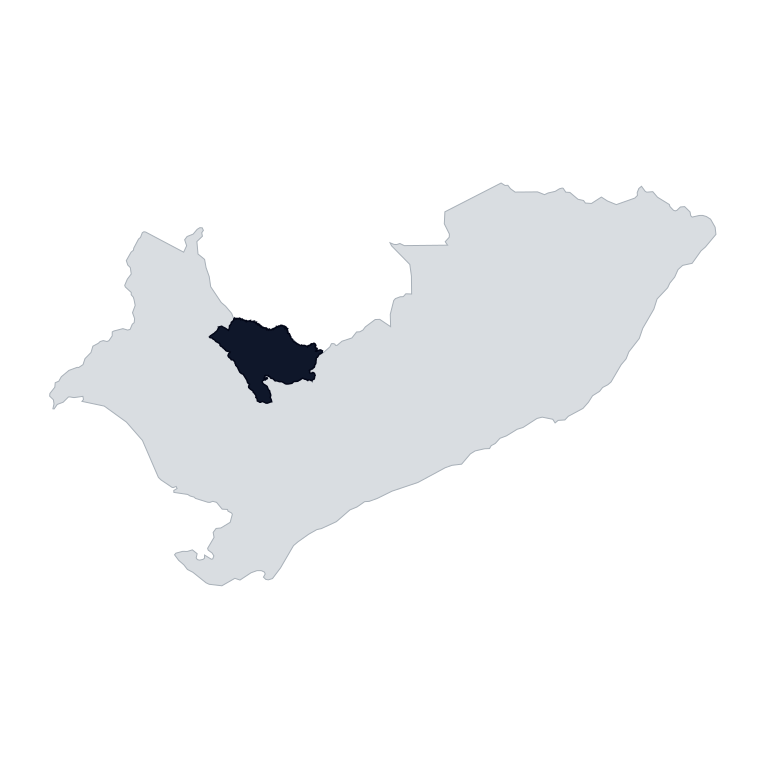 Requena, Loreto, Peru shown in context, rotated 269°
{"feature_id": "86281439B4409689759703", "entity_name": "Requena", "entity_type": "district", "adm_level": 2, "iso_a3": "PER", "parent_name": "Peru", "parent_adm1": "Loreto", "projection": "natural_earth1", "projection_center": [-73.578, -5.99], "detail": "fine", "context": "in_parent", "style": "filled", "palette": "ink", "viewbox_px": 768, "rotation_deg": 269, "n_neighbors": 0, "source": "geoboundaries", "source_scale": "gbopen_adm2", "svg_char_len": 9735}
<svg xmlns="http://www.w3.org/2000/svg" viewBox="0 0 768 768"><g transform="rotate(269 384 384)"><path d="M543.5,202.6L543.3,205.0L540.7,206.1L538.4,204.4L534.9,205.0L529.7,199.4L517.2,200.3L511.7,206.8L503.5,208.1L494.5,211.1L484.3,212.4L468.3,222.7L464.6,226.9L457.3,232.9L451.4,235.0L448.5,253.7L442.7,264.6L440.4,270.6L443.6,279.6L443.5,284.0L440.3,287.6L437.6,288.0L432.1,291.8L424.0,300.1L422.5,306.4L425.2,314.8L424.2,315.7L417.5,317.3L417.7,322.0L416.3,323.8L422.0,330.5L425.2,332.1L425.3,333.8L424.8,335.5L423.5,336.2L423.4,337.7L427.5,342.7L430.6,352.7L436.5,357.5L436.6,360.7L438.3,363.9L441.4,366.3L448.6,376.3L448.7,380.9L441.2,391.6L453.6,391.5L467.3,395.2L469.2,396.9L470.9,401.7L471.0,404.8L473.8,407.4L473.5,413.2L491.5,413.3L503.1,411.9L522.0,394.0L525.1,392.5L523.4,396.4L523.2,399.2L524.2,402.3L522.0,406.7L521.7,450.0L525.2,447.7L529.6,451.8L532.8,452.0L543.1,447.1L555.1,447.9L582.9,504.6L580.4,508.4L580.5,511.3L577.1,513.8L573.6,518.4L573.4,540.9L570.5,547.8L572.1,551.3L573.6,558.5L576.1,562.8L576.8,565.6L576.5,566.6L572.6,569.1L572.3,573.2L565.3,581.2L564.0,586.7L561.4,588.5L560.9,594.6L567.1,604.6L563.1,610.6L559.3,619.4L565.5,638.0L568.1,640.7L570.9,640.5L575.0,642.2L577.2,644.9L572.1,648.5L571.2,650.0L571.6,656.1L566.0,660.7L558.5,672.4L556.4,673.0L552.6,676.5L552.0,678.3L552.6,680.0L555.8,683.4L556.1,687.7L550.7,693.0L546.9,693.6L545.5,695.0L547.0,702.2L547.0,705.5L545.8,709.3L543.1,713.4L535.0,717.8L527.8,718.5L515.4,707.8L511.6,703.3L499.3,694.2L497.4,684.7L493.3,680.0L485.8,676.5L479.8,671.5L475.3,669.3L464.2,658.5L454.1,655.1L435.2,643.7L425.0,640.0L411.9,629.4L404.9,626.5L399.2,621.5L382.0,611.0L379.3,607.7L376.7,602.5L372.9,599.4L368.6,592.3L362.2,588.1L356.1,582.5L348.5,567.7L344.9,564.2L344.6,557.5L342.1,554.4L345.8,552.1L348.1,541.6L346.9,536.4L338.1,522.2L336.4,516.3L330.0,505.5L327.7,499.0L322.6,494.2L320.5,490.1L317.6,488.4L317.5,483.4L315.5,473.9L312.6,469.1L302.5,460.2L301.5,450.5L299.2,443.7L285.0,416.3L276.7,390.1L269.8,375.5L266.9,367.1L266.7,362.6L261.5,354.8L258.7,347.7L247.2,334.0L240.5,318.8L239.6,314.3L235.0,305.9L227.6,295.1L224.0,290.7L201.9,277.3L191.4,269.1L190.2,264.9L190.7,262.4L193.0,260.1L196.1,261.9L198.0,261.2L199.5,258.2L199.6,253.7L197.6,247.8L190.5,236.6L192.3,231.5L185.1,218.4L186.8,205.7L188.4,202.5L199.1,189.6L202.0,184.2L206.6,180.8L211.3,175.6L216.9,171.6L218.5,173.0L220.2,179.8L220.0,184.4L221.5,189.5L217.6,194.2L213.4,193.2L211.7,194.3L211.1,196.5L211.8,200.0L212.9,201.5L216.1,201.6L211.8,208.3L212.1,209.7L215.1,210.9L218.0,209.2L221.0,205.3L222.8,204.8L233.6,211.4L238.6,210.6L242.5,213.6L242.9,218.4L248.4,227.8L256.4,230.1L257.7,229.3L259.6,225.8L261.3,225.3L261.7,220.0L268.6,214.5L269.7,210.7L268.7,208.0L268.8,205.9L272.9,193.5L274.2,192.2L275.4,188.2L277.0,185.8L279.3,172.0L281.3,172.0L283.1,175.3L285.2,174.4L284.1,171.4L284.4,170.2L292.1,159.2L294.6,156.8L331.8,141.5L350.4,125.8L366.8,103.9L371.9,81.7L373.8,83.3L376.9,82.7L375.8,73.8L376.6,69.5L376.5,68.2L371.4,62.9L369.3,57.0L364.8,53.7L365.0,52.5L369.8,53.7L374.0,53.2L377.7,49.5L380.4,49.8L386.5,54.8L391.0,55.3L392.5,58.9L396.9,61.5L403.1,69.2L406.0,77.5L405.8,79.0L408.6,83.4L414.6,85.5L420.6,91.6L426.9,93.6L429.7,99.1L431.4,100.9L432.3,104.1L431.3,107.8L432.2,109.8L436.9,113.1L440.8,113.2L441.7,114.8L443.9,123.9L442.4,128.6L443.0,131.1L448.2,133.4L449.7,135.3L453.8,135.8L459.7,133.8L466.9,136.6L472.5,135.6L475.1,134.9L477.7,132.8L479.9,132.9L485.6,127.0L487.2,126.5L493.3,129.2L498.4,133.2L504.8,132.4L507.4,129.9L511.9,128.5L520.2,133.4L522.1,135.8L524.3,136.2L533.2,141.1L534.8,143.1L539.5,145.0L540.4,146.6L540.1,148.3L519.3,186.0L525.7,189.1L531.7,187.2L534.9,189.7L537.2,195.8L541.9,199.9L543.5,202.6Z" fill="#d9dde1" stroke="#a8b0b8" stroke-width="1"/><path d="M366.9,267.1L368.1,270.5L368.2,271.4L370.1,271.0L372.5,270.0L374.8,270.6L376.8,270.1L377.6,269.6L379.0,269.6L380.5,268.2L383.6,267.1L384.8,265.5L386.1,263.4L388.0,262.2L388.5,262.1L389.6,263.0L390.0,264.1L390.9,264.2L390.8,264.7L390.2,265.5L390.9,266.0L391.1,267.0L391.6,267.5L392.1,267.4L392.4,266.9L391.6,265.2L391.8,264.3L392.4,264.3L393.3,265.1L394.5,265.2L394.6,266.2L394.3,267.7L394.5,268.2L394.1,268.2L393.6,268.9L393.4,269.9L391.9,270.8L391.6,271.6L391.4,272.9L389.0,275.2L389.1,276.9L388.2,279.3L388.1,281.8L387.6,282.9L386.0,285.3L385.7,286.3L385.7,288.2L386.3,292.0L388.0,293.8L388.2,297.4L388.4,298.1L389.1,299.1L389.7,300.5L390.6,301.6L391.2,302.8L390.2,304.8L390.0,306.1L388.8,307.9L389.5,308.5L389.5,309.3L389.3,310.2L388.8,311.0L388.8,312.0L388.6,312.1L389.0,312.2L389.9,313.4L390.1,314.2L391.2,314.6L393.0,314.8L393.7,315.3L394.1,315.2L395.9,314.6L396.7,313.4L396.7,312.5L395.9,312.3L396.2,310.2L396.8,309.8L397.6,310.0L399.0,309.6L399.4,310.0L399.4,310.9L400.2,311.5L400.2,312.4L400.6,313.1L401.5,313.6L401.8,314.4L402.1,314.4L402.4,314.7L402.8,314.5L403.3,315.0L404.7,315.1L405.0,315.8L406.0,316.2L407.5,316.4L408.3,316.0L409.0,316.6L410.7,316.6L411.9,317.3L411.9,317.8L412.2,318.1L415.1,319.9L415.2,321.1L415.8,321.4L416.0,322.3L416.9,323.0L417.8,322.8L418.2,323.0L418.6,322.2L418.9,321.9L418.8,321.1L419.2,320.9L419.2,320.6L418.7,319.1L418.8,318.8L418.3,318.4L417.8,317.0L417.9,316.6L418.4,317.3L418.8,316.7L419.3,317.1L419.4,317.6L419.9,317.3L420.7,317.7L421.0,316.4L421.7,316.4L421.9,315.9L423.0,316.2L423.2,315.9L423.9,315.8L424.1,315.9L424.1,316.4L425.1,316.0L425.9,314.9L425.9,314.2L425.3,313.5L425.5,312.5L425.1,312.2L425.3,311.8L424.7,311.4L424.5,311.5L424.5,311.2L424.2,311.0L424.3,310.9L424.0,310.6L424.0,309.9L423.6,309.7L423.6,309.2L423.0,308.8L423.2,308.3L422.8,308.2L422.8,307.8L422.7,307.8L423.2,307.3L423.1,306.8L423.9,305.6L424.0,305.2L423.8,304.7L424.0,304.0L423.8,303.8L424.0,303.4L423.9,302.7L424.4,302.2L423.9,301.3L424.3,300.2L425.1,299.3L425.5,297.7L425.9,297.7L426.4,296.7L426.9,296.4L427.3,295.4L427.6,295.3L427.7,294.5L428.2,294.5L428.2,294.2L429.4,293.4L430.2,293.3L431.0,291.9L432.0,291.5L432.6,291.6L433.0,291.2L433.2,291.4L434.0,290.8L434.5,290.9L434.8,290.5L435.5,290.4L435.7,290.2L435.9,290.2L435.8,289.7L436.1,289.2L436.2,289.4L436.7,288.6L437.0,288.8L436.9,288.7L437.0,288.6L437.3,288.7L437.5,288.9L437.9,288.6L438.5,288.8L438.6,288.4L439.2,288.3L439.4,288.7L439.4,288.4L439.9,288.2L440.3,288.6L440.2,288.3L440.7,288.5L440.6,287.9L440.9,287.6L441.3,288.1L441.7,287.5L441.5,287.2L441.8,287.2L441.6,286.9L441.8,287.0L442.1,286.9L441.9,286.7L442.3,286.5L441.9,286.3L441.9,286.1L442.4,286.3L442.5,285.9L442.7,286.4L442.8,286.2L443.1,286.2L443.4,285.4L443.4,285.8L443.6,285.6L443.7,285.1L443.4,284.9L443.8,284.4L443.8,283.9L444.1,283.9L444.1,284.1L444.3,283.5L444.0,282.7L444.2,282.4L444.5,282.3L444.5,281.8L444.1,281.2L443.8,281.3L443.8,280.7L443.6,280.9L443.7,280.6L443.7,280.2L443.4,280.1L443.3,279.2L443.1,279.3L443.2,278.8L443.0,279.0L442.9,278.8L442.9,277.9L442.7,277.6L442.9,277.6L442.8,277.1L442.2,276.4L442.0,276.6L441.3,275.0L441.1,275.2L440.9,275.0L441.2,274.3L440.8,274.1L441.1,274.0L441.0,273.7L440.1,272.4L440.0,270.9L440.4,270.7L440.4,270.3L440.6,270.3L440.3,269.8L440.7,269.8L440.5,269.3L440.6,268.9L440.4,268.9L440.7,268.6L440.3,268.6L440.4,268.3L440.6,268.3L440.7,268.1L441.0,268.0L440.8,267.8L441.3,267.8L441.0,267.7L441.3,267.3L442.0,267.2L441.9,266.7L441.7,266.6L441.9,266.4L442.0,266.6L442.3,265.9L442.0,265.0L442.2,264.8L442.2,264.3L442.4,264.4L442.6,263.6L442.8,263.6L442.6,263.2L443.0,262.9L442.9,262.6L442.8,262.8L443.1,262.2L443.6,262.2L443.8,262.3L444.0,261.8L444.2,262.0L444.3,261.8L444.3,260.9L444.7,260.6L445.0,260.8L445.1,260.4L444.8,260.5L445.1,260.2L445.4,260.3L445.5,260.0L445.2,260.1L445.3,259.7L445.6,259.9L445.6,259.6L445.7,259.8L445.9,259.4L446.2,259.5L446.3,259.0L446.1,258.8L446.5,258.8L446.4,258.2L447.2,257.5L447.0,257.2L447.7,257.2L447.6,256.9L447.8,257.1L447.8,256.8L448.0,256.6L447.7,256.3L447.9,256.1L448.1,256.3L448.1,255.9L448.3,255.8L448.3,255.4L448.5,255.2L448.2,255.1L448.3,254.6L448.8,254.4L449.0,254.6L448.7,252.8L449.0,252.1L449.4,251.7L449.1,251.6L449.3,251.6L449.1,251.4L449.4,251.0L449.2,250.9L449.8,250.2L449.3,250.4L449.3,249.6L449.1,249.5L449.1,248.6L449.5,248.0L449.2,248.0L449.3,247.5L449.1,247.5L449.6,247.0L449.6,246.8L449.3,246.7L450.0,246.1L449.8,245.8L450.2,245.4L450.1,245.0L450.5,244.5L450.4,244.2L450.8,244.0L450.8,243.8L450.7,243.7L450.9,243.4L451.3,243.3L451.1,243.0L451.1,242.6L450.9,242.9L450.9,242.7L451.4,242.3L451.3,242.1L451.5,242.1L451.6,241.8L451.4,241.7L451.8,241.6L451.9,241.2L451.7,241.0L452.0,241.1L452.0,240.5L452.2,240.4L451.9,240.1L452.0,239.6L451.8,239.6L452.1,239.0L452.0,238.5L452.1,238.1L451.8,237.9L452.0,237.8L451.7,237.4L452.0,237.0L451.8,236.9L451.8,237.2L451.6,237.3L451.7,236.8L451.4,236.5L452.1,236.0L452.0,235.7L452.4,235.5L451.5,234.9L450.6,234.9L449.5,234.0L448.3,232.4L447.8,232.6L446.2,231.8L444.8,230.5L442.5,230.4L440.4,229.4L442.7,226.1L444.0,223.5L444.6,222.8L443.8,219.4L442.8,219.8L442.1,219.0L441.0,218.6L439.6,217.5L438.7,216.2L437.7,215.3L436.4,213.1L435.6,212.1L435.3,211.3L434.5,210.8L434.1,210.3L433.4,210.9L433.1,212.9L432.4,213.3L431.8,214.1L431.2,215.3L429.5,216.6L427.6,220.0L426.7,220.7L425.4,220.8L424.7,221.5L423.8,223.1L422.9,223.7L422.3,224.7L421.6,225.1L421.1,226.0L420.3,226.2L419.4,227.9L419.5,228.5L419.7,228.9L418.8,230.2L418.6,230.8L418.0,230.5L417.7,229.7L416.3,228.9L415.0,228.5L414.2,228.9L413.5,229.3L412.2,231.0L410.9,231.7L410.7,233.6L410.0,234.3L409.0,234.8L408.6,235.4L407.3,235.4L406.2,236.0L405.3,236.1L403.2,238.0L401.9,238.4L398.3,240.1L397.0,241.6L396.2,243.4L390.2,247.0L387.9,247.6L387.1,248.2L386.1,249.5L385.2,249.2L384.2,248.6L382.8,248.7L381.3,250.2L379.1,253.2L378.3,253.0L377.9,253.5L375.2,255.5L374.3,255.9L372.8,255.6L371.8,256.8L369.2,257.1L368.9,258.0L367.9,259.5L367.9,260.2L368.7,262.1L367.6,264.6L367.0,265.5L366.9,267.1Z" fill="#0f172a" stroke="#020617" stroke-width="1.5"/></g></svg>